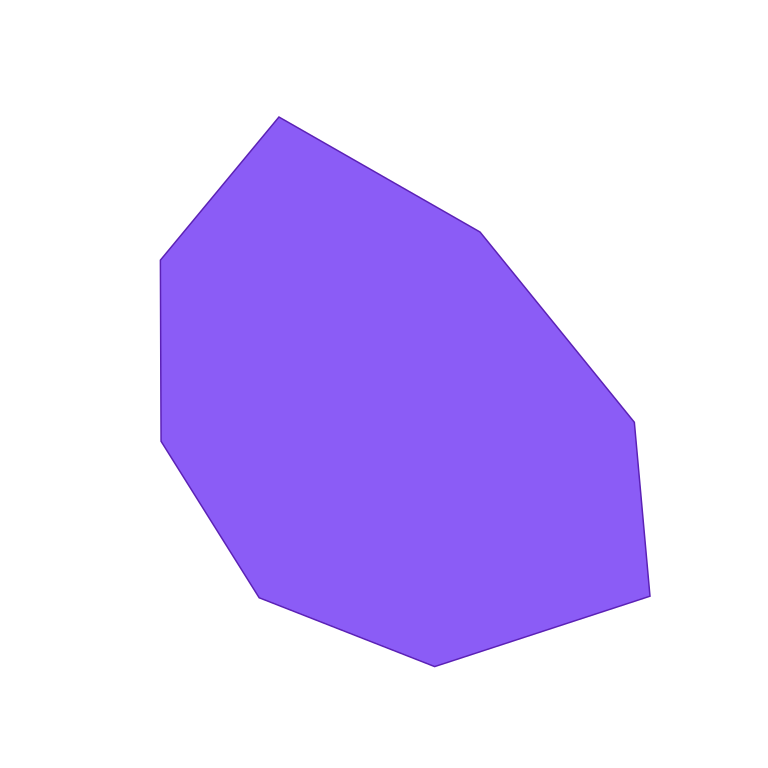 outline of Angaur, rotated 164°
{"feature_id": "PLW-5246", "entity_name": "Angaur", "entity_type": "state/province", "adm_level": 1, "iso_a3": "PLW", "parent_name": "Palau", "parent_adm1": "", "projection": "orthographic", "projection_center": [134.158, 6.91], "detail": "fine", "context": "isolated", "style": "filled", "palette": "violet", "viewbox_px": 768, "rotation_deg": 164, "n_neighbors": 0, "source": "natural_earth", "source_scale": "10m", "svg_char_len": 278}
<svg xmlns="http://www.w3.org/2000/svg" viewBox="0 0 768 768"><g transform="rotate(164 384 384)"><path d="M411.4,669.6L249.8,503.6L153.9,278.2L186.8,106.7L413.2,98.4L562.9,212.9L614.1,390.4L564.8,564.7L411.4,669.6Z" fill="#8b5cf6" stroke="#5b21b6" stroke-width="1.5"/></g></svg>